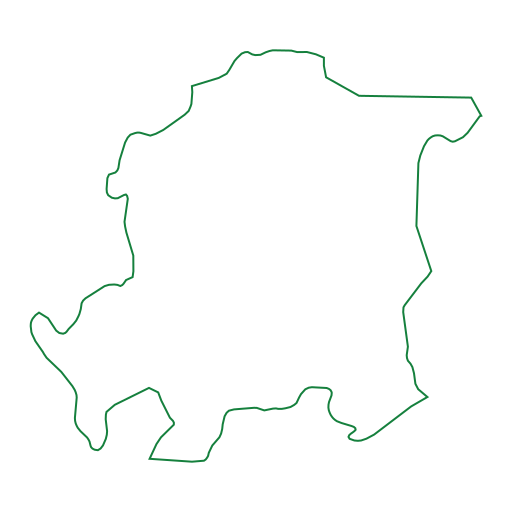 the border of Yaracuy
{"feature_id": "VEN-36", "entity_name": "Yaracuy", "entity_type": "State", "adm_level": 1, "iso_a3": "VEN", "parent_name": "Venezuela", "parent_adm1": "", "projection": "orthographic", "projection_center": [-68.813, 10.294], "detail": "fine", "context": "isolated", "style": "outline", "palette": "green", "viewbox_px": 512, "rotation_deg": 0, "n_neighbors": 0, "source": "natural_earth", "source_scale": "10m", "svg_char_len": 2897}
<svg xmlns="http://www.w3.org/2000/svg" viewBox="0 0 512 512"><path d="M471.2,97.6L481.3,115.8L479.7,116.3L467.6,132.8L463.0,137.2L454.9,141.3L452.7,141.7L450.6,141.1L442.8,136.3L440.4,135.5L437.7,135.3L435.0,135.5L432.6,136.3L430.7,137.5L428.9,138.9L427.4,140.5L424.0,146.2L420.3,155.5L418.4,163.1L416.4,226.0L431.3,271.1L427.6,276.6L421.3,283.3L404.7,305.2L403.5,307.3L403.2,312.1L407.9,346.7L406.7,355.2L407.0,358.1L407.9,360.7L410.5,363.7L412.4,367.1L414.0,373.3L415.4,383.8L418.2,389.2L427.4,397.0L411.2,406.4L374.1,434.6L366.4,438.7L361.1,440.5L357.9,440.8L354.4,440.5L349.6,438.8L348.5,436.9L349.2,435.2L350.8,433.7L352.7,432.4L354.4,431.1L355.6,429.8L355.3,428.2L353.8,426.9L351.5,426.0L341.5,423.0L336.9,421.2L335.0,419.9L333.3,418.4L331.9,416.7L330.6,414.7L329.6,412.5L328.8,410.2L328.4,407.6L328.5,404.7L329.0,402.1L331.5,395.4L331.7,393.4L331.7,392.4L331.3,391.5L330.5,390.1L328.9,388.9L326.7,388.0L311.9,387.2L308.7,387.7L305.3,389.3L301.0,394.1L299.1,397.5L296.5,403.0L294.2,404.9L290.5,407.0L285.3,408.3L281.6,408.9L278.3,408.9L276.0,408.4L273.0,408.6L264.3,410.4L256.8,407.9L254.1,407.8L234.0,409.4L228.9,410.7L226.6,412.8L224.6,416.3L222.7,424.3L222.2,429.0L221.1,433.6L219.4,437.3L212.3,445.5L208.8,452.8L208.1,455.9L207.2,457.5L205.8,459.4L204.0,460.7L192.0,461.7L149.6,458.8L156.5,444.0L161.0,437.3L173.8,424.7L173.9,422.7L173.0,420.9L169.9,417.7L161.3,400.6L158.2,392.4L149.0,387.9L114.8,404.8L106.5,411.9L105.9,414.6L105.7,419.2L107.1,431.2L106.8,434.8L105.8,438.9L103.0,445.4L100.6,448.5L97.9,450.2L94.6,449.7L92.5,448.6L91.2,447.3L90.6,445.9L89.5,441.5L88.4,439.4L87.1,437.5L80.5,431.2L77.7,427.7L76.6,425.6L75.7,423.4L75.1,420.9L74.9,418.0L76.7,397.6L76.5,395.1L75.7,392.3L74.7,389.9L72.4,386.1L61.3,371.9L46.6,357.8L44.0,354.0L42.9,352.0L35.4,341.2L32.1,334.2L31.4,332.1L30.7,326.2L30.8,324.0L31.0,322.5L31.7,320.5L32.7,318.6L35.5,315.2L39.0,312.6L48.0,318.2L56.2,330.6L59.3,333.0L63.1,333.7L65.3,332.9L66.6,331.7L68.7,328.9L73.4,324.1L76.2,320.6L78.4,316.3L79.4,314.0L80.8,309.0L81.6,303.3L83.1,300.6L85.5,298.3L104.6,286.1L109.0,284.8L114.3,284.5L117.5,284.9L120.3,286.0L122.2,285.1L123.4,283.9L126.1,280.0L132.6,277.1L133.4,271.3L133.3,255.6L126.4,232.6L125.1,226.5L124.5,221.8L127.8,198.8L127.1,195.9L125.9,194.5L124.0,195.0L117.8,198.2L115.0,198.4L111.8,197.7L108.2,195.2L106.9,192.5L106.6,189.0L107.4,178.1L109.0,174.6L115.4,172.5L117.3,170.5L118.4,168.0L119.6,160.2L125.1,142.5L127.7,137.6L130.4,134.7L135.0,133.1L137.2,132.6L139.2,132.6L140.8,132.9L150.3,135.6L155.8,133.8L163.2,130.0L184.7,114.7L188.7,110.9L190.6,106.4L191.4,103.9L192.3,92.2L191.9,86.1L218.8,77.9L226.7,73.7L229.3,69.9L234.5,61.0L237.0,58.1L241.6,53.6L245.0,52.2L247.8,52.0L252.2,54.4L255.3,55.1L260.5,54.8L265.7,52.3L269.5,51.0L272.8,50.3L291.3,50.6L297.2,52.1L306.9,52.0L315.9,54.3L323.9,57.7L323.9,65.8L326.1,77.3L359.0,95.8L471.2,97.6Z" fill="none" stroke="#15803d" stroke-width="2"/></svg>